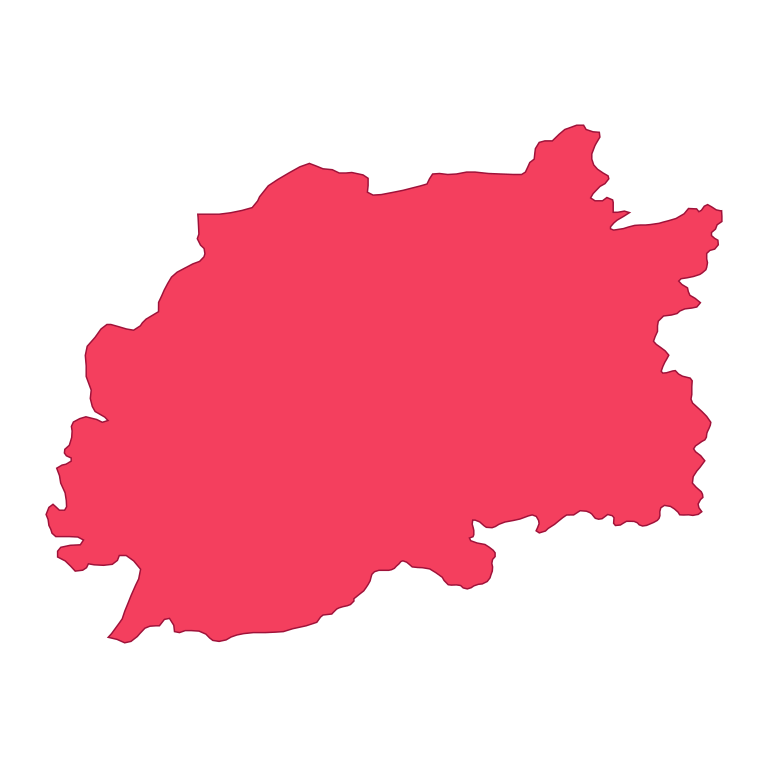 Pyetrykaw, Gomel, Belarus
{"feature_id": "67162791B78152292733501", "entity_name": "Pyetrykaw", "entity_type": "district", "adm_level": 2, "iso_a3": "BLR", "parent_name": "Belarus", "parent_adm1": "Gomel", "projection": "equal_earth", "projection_center": [28.643, 52.294], "detail": "fine", "context": "isolated", "style": "filled", "palette": "rose", "viewbox_px": 768, "rotation_deg": 0, "n_neighbors": 0, "source": "geoboundaries", "source_scale": "gbopen_adm2", "svg_char_len": 5739}
<svg xmlns="http://www.w3.org/2000/svg" viewBox="0 0 768 768"><path d="M331.8,614.0L333.0,612.7L336.6,609.1L338.9,607.9L342.8,606.7L347.4,605.7L350.5,604.5L353.9,601.1L353.9,598.7L360.1,593.7L363.7,590.9L366.0,587.7L368.1,584.5L370.1,580.9L370.9,577.7L371.9,574.3L374.5,571.7L378.9,570.3L383.0,570.3L388.7,570.3L391.5,569.7L394.4,568.3L396.4,566.1L399.0,563.8L400.8,561.6L402.9,560.8L406.7,562.2L409.6,564.6L412.2,566.9L417.8,567.5L422.5,567.7L429.7,568.9L435.9,572.7L442.3,577.3L444.1,580.5L448.2,584.7L451.3,585.1L456.5,584.9L460.6,585.5L463.2,587.9L467.3,588.9L471.2,587.7L473.8,585.9L478.4,584.3L482.3,583.9L487.2,581.5L490.0,577.9L491.0,574.7L492.3,571.1L492.6,566.9L491.8,563.4L492.6,559.4L495.1,556.6L495.1,552.8L493.1,550.2L489.2,547.2L485.0,544.5L477.1,543.0L470.7,540.7L469.4,538.0L473.0,536.7L473.8,534.7L473.8,530.5L473.2,527.7L472.2,524.2L472.7,520.1L475.1,520.1L479.7,521.9L484.0,525.7L486.3,527.3L492.1,527.7L495.4,526.5L498.9,524.3L505.0,522.0L513.7,520.4L520.0,519.0L523.8,517.6L528.4,515.9L532.2,514.9L536.3,516.4L538.6,520.5L539.1,523.7L537.5,527.8L536.1,530.8L539.3,532.9L545.5,531.0L548.2,528.4L554.6,524.3L558.7,520.9L562.8,517.6L566.6,515.0L573.7,514.9L580.1,510.7L586.4,511.2L589.9,512.6L591.9,514.1L594.0,516.8L595.3,518.3L598.6,519.2L602.1,518.7L604.9,516.6L607.7,514.5L612.3,515.7L614.0,517.7L613.6,523.3L615.4,525.5L620.4,525.0L622.9,523.4L626.5,521.3L630.1,521.3L634.1,521.4L637.4,522.8L639.2,524.8L642.5,526.0L646.6,525.4L650.4,523.8L653.7,522.4L657.3,520.4L659.0,518.5L659.9,515.7L659.8,511.6L660.8,507.8L664.4,505.4L670.5,506.4L674.4,508.9L678.1,512.2L679.7,514.8L683.4,515.0L688.6,514.8L692.9,515.4L696.4,514.7L698.2,514.4L701.8,511.7L698.9,507.7L698.1,504.0L700.5,499.6L702.9,497.4L702.5,494.3L701.3,491.8L696.1,487.2L692.4,483.1L693.2,476.6L696.8,471.0L700.0,467.3L704.8,460.8L700.8,455.8L695.6,451.8L693.6,448.9L695.5,445.9L698.7,443.7L701.8,441.5L704.9,439.8L706.4,437.2L706.6,435.0L706.9,433.1L707.5,431.5L709.0,428.4L710.3,425.2L710.8,422.3L709.2,420.0L706.7,416.4L701.9,411.5L697.5,407.5L692.6,403.1L691.0,399.1L691.8,394.5L691.8,386.7L692.2,380.8L690.2,378.1L682.5,376.2L678.5,374.0L675.3,370.6L672.5,371.0L666.4,372.8L662.8,373.1L661.2,371.3L662.8,366.6L664.8,362.3L666.8,358.9L668.8,355.2L665.2,350.9L660.7,347.5L656.3,344.4L653.5,341.3L655.1,336.7L657.5,331.4L657.5,325.8L658.3,321.2L663.5,316.0L671.5,315.0L677.1,313.5L679.9,311.0L684.8,308.9L692.0,308.0L696.8,307.0L700.4,302.7L695.2,298.4L689.9,295.3L688.3,291.6L687.5,287.9L681.9,284.5L678.7,281.1L681.1,278.7L687.1,277.8L693.5,276.5L699.9,274.4L702.3,272.8L705.9,269.7L706.7,267.3L707.5,262.7L706.7,259.0L706.7,253.4L709.9,250.4L714.7,249.1L718.3,244.8L717.9,240.2L714.7,238.4L711.5,235.6L711.5,232.5L715.5,229.1L717.1,224.8L721.9,221.5L721.9,216.5L721.6,210.8L721.2,210.9L716.3,209.9L711.7,206.9L707.6,204.6L704.3,206.2L701.4,210.3L698.9,211.7L696.6,208.9L688.5,208.5L684.1,213.8L676.0,218.5L668.6,220.7L663.2,222.1L659.1,223.3L650.1,224.6L645.7,225.0L640.9,225.0L634.7,225.4L628.5,227.0L623.4,228.6L617.0,229.6L613.6,230.1L610.5,228.8L610.5,226.8L613.9,222.9L617.2,220.1L623.9,216.2L629.5,212.6L624.4,211.1L617.6,212.3L613.2,212.3L613.2,208.5L613.2,202.3L612.6,199.9L606.9,197.5L602.5,200.8L595.0,200.8L590.6,197.9L593.1,193.6L600.0,186.4L605.0,183.6L608.8,178.8L608.1,175.9L603.1,173.0L597.5,169.2L593.7,164.9L591.8,159.1L591.8,153.9L594.9,145.7L596.2,143.3L599.9,137.1L599.3,132.3L593.0,131.8L586.1,129.5L583.6,125.2L576.7,125.2L564.8,129.5L559.2,134.2L552.3,140.9L544.8,140.9L539.2,142.4L535.4,148.6L534.8,153.4L534.2,159.1L529.8,162.5L527.9,166.8L525.4,172.1L521.6,174.5L513.5,174.5L500.3,174.0L488.4,173.5L475.2,172.1L466.5,172.1L456.4,174.0L447.7,174.5L439.5,173.5L432.6,174.0L429.5,178.8L427.0,184.0L420.1,186.0L412.6,187.9L403.2,190.3L391.2,192.7L381.2,194.6L373.1,195.1L367.4,192.2L368.1,185.5L368.1,178.3L363.0,174.9L351.8,172.5L346.1,173.0L339.2,173.0L332.3,169.7L323.0,168.8L315.9,165.9L309.3,163.4L309.2,163.5L299.9,166.8L288.8,173.0L277.6,179.6L268.3,185.8L259.6,196.7L257.7,200.9L252.2,207.6L242.2,210.4L230.4,212.8L219.3,214.2L208.1,214.2L197.8,214.2L198.1,217.5L198.5,225.5L198.9,234.1L197.3,238.7L200.5,245.1L204.1,248.5L204.9,253.7L204.0,256.8L199.6,261.4L192.8,263.9L185.2,267.9L177.1,272.2L171.5,277.1L167.8,283.3L164.2,290.1L161.8,295.6L158.6,302.4L158.5,311.7L151.3,316.0L146.1,319.1L142.4,322.8L140.4,325.8L133.6,330.2L126.5,329.0L118.7,326.7L110.9,324.5L106.9,324.5L101.0,329.0L95.1,337.3L87.2,346.3L85.3,355.4L86.2,365.9L86.2,376.5L91.2,390.1L90.3,398.5L92.3,406.5L95.1,411.5L104.8,417.1L108.0,420.5L102.3,422.3L96.7,419.5L85.9,416.8L79.8,418.6L73.4,422.0L71.4,426.4L72.1,431.0L71.7,437.5L69.3,445.3L64.8,449.3L64.4,453.0L66.4,455.8L71.2,458.0L71.2,461.1L66.0,464.2L62.0,465.1L56.7,468.2L59.5,475.7L60.7,483.1L65.1,492.8L66.3,500.6L66.6,506.8L64.6,510.2L59.4,510.2L55.8,506.8L53.0,504.3L48.9,507.4L46.1,514.5L48.1,519.5L48.9,525.4L50.8,529.3L52.0,533.2L55.8,536.6L63.4,536.6L69.6,536.6L77.8,537.0L83.5,540.0L80.3,544.8L70.2,545.3L60.8,547.3L57.6,551.2L57.6,557.0L65.2,560.9L70.8,566.3L75.2,571.1L82.7,570.2L86.5,567.7L88.4,563.8L94.1,564.8L103.5,565.3L112.3,564.3L117.4,560.4L119.3,555.5L126.2,555.5L133.7,560.9L140.6,569.2L138.7,578.9L135.6,585.3L131.1,595.5L128.0,603.3L124.8,611.1L122.2,618.9L119.1,623.3L111.5,633.7L108.2,637.3L117.1,639.4L124.7,642.8L131.0,641.4L137.3,636.5L139.8,633.6L144.9,628.2L149.9,626.2L155.6,625.8L159.4,625.8L164.4,619.4L169.5,618.4L173.8,625.3L174.5,631.6L179.5,632.6L185.2,630.6L191.5,630.6L199.0,631.1L205.9,634.1L209.7,638.0L212.8,640.4L219.1,641.4L226.1,639.9L231.1,637.0L236.8,635.0L243.7,633.6L253.2,632.6L265.1,632.6L275.8,632.1L283.4,631.6L292.8,628.7L306.1,625.8L316.8,622.3L320.6,617.0L323.1,615.0L331.8,614.0Z" fill="#f43f5e" stroke="#9f1239" stroke-width="1.5"/></svg>